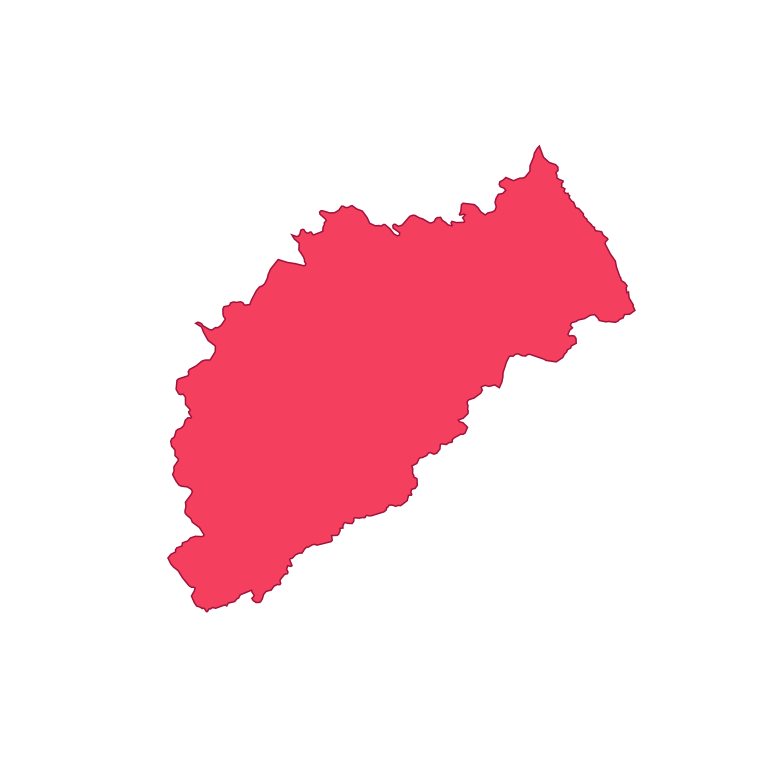 Ambalavao, Haute Matsiatra, Madagascar (orthographic projection), rotated 115°
{"feature_id": "10022922B7475622417535", "entity_name": "Ambalavao", "entity_type": "district", "adm_level": 2, "iso_a3": "MDG", "parent_name": "Madagascar", "parent_adm1": "Haute Matsiatra", "projection": "orthographic", "projection_center": [46.669, -21.841], "detail": "fine", "context": "isolated", "style": "filled", "palette": "rose", "viewbox_px": 768, "rotation_deg": 115, "n_neighbors": 0, "source": "geoboundaries", "source_scale": "gbopen_adm2", "svg_char_len": 6159}
<svg xmlns="http://www.w3.org/2000/svg" viewBox="0 0 768 768"><g transform="rotate(115 384 384)"><path d="M375.3,295.4L372.9,296.3L371.6,297.6L367.9,298.8L366.8,300.2L364.6,301.1L362.6,300.6L358.5,296.3L351.4,292.5L348.0,292.3L345.9,294.6L345.2,294.4L342.4,291.7L341.8,287.8L338.0,283.2L338.6,277.9L332.5,278.0L327.5,279.2L323.4,280.9L312.5,282.3L306.8,282.2L305.3,281.5L304.4,278.8L301.4,277.4L300.0,275.2L300.0,270.8L298.8,267.4L297.1,266.7L295.5,264.7L293.9,249.7L294.1,247.0L291.2,237.3L284.5,233.2L281.1,233.1L277.5,232.0L275.5,232.3L272.5,230.0L270.2,230.3L265.9,227.0L261.6,229.2L260.1,231.6L260.7,234.2L262.2,236.2L261.4,238.3L256.6,238.4L253.4,236.9L252.2,239.8L249.3,240.0L246.1,236.3L243.6,234.7L240.0,229.9L234.4,226.0L232.1,222.4L233.9,217.8L235.5,215.8L233.9,209.1L232.5,207.1L230.3,200.4L228.1,198.5L225.9,197.8L223.1,195.2L219.4,195.4L216.9,190.8L211.2,187.7L208.4,191.0L206.8,191.7L202.5,198.2L197.3,201.3L198.7,202.4L194.7,205.1L192.3,205.2L190.4,208.8L190.1,211.9L189.3,213.3L187.7,214.3L187.2,215.5L179.7,222.8L174.8,226.3L170.3,234.1L163.5,242.9L161.4,243.3L158.4,242.2L157.6,243.0L156.6,248.0L154.0,251.2L155.7,257.1L154.1,259.1L153.1,259.3L153.1,261.7L152.0,263.2L150.2,268.7L148.7,270.1L148.5,272.0L147.1,274.5L145.5,275.2L142.7,281.6L143.1,284.8L139.1,288.9L138.8,291.4L136.9,295.0L134.9,295.3L134.6,296.7L133.4,297.8L134.5,299.9L133.5,302.2L130.6,302.5L130.3,306.6L128.4,306.9L127.4,307.9L125.2,307.1L124.2,307.7L124.6,311.1L124.2,314.3L121.5,315.7L119.9,317.6L117.1,316.5L114.0,318.0L112.7,321.1L113.4,328.1L111.1,335.3L102.7,343.8L105.6,344.7L111.2,345.3L114.8,344.3L124.5,343.9L129.5,341.7L136.5,343.4L138.3,344.6L140.1,348.0L145.0,352.5L145.3,360.8L148.8,362.2L151.8,364.5L154.3,364.0L156.0,362.1L155.8,358.1L157.0,355.5L161.1,356.9L163.8,360.5L168.4,360.9L172.6,360.1L176.0,357.1L179.9,356.8L182.3,358.6L185.1,362.2L188.0,363.7L187.1,369.0L184.4,373.6L183.2,377.8L186.7,388.7L188.7,389.6L195.1,387.3L198.4,387.4L198.9,386.5L196.4,383.5L196.3,381.9L200.2,383.0L201.3,380.9L202.8,379.6L203.8,380.1L207.1,386.6L207.9,391.1L209.5,391.4L211.4,389.3L212.0,389.4L212.7,393.3L211.6,396.3L211.1,400.2L209.0,403.1L210.7,406.0L212.3,407.0L215.8,407.2L217.9,409.0L218.7,410.8L218.0,418.7L218.5,422.2L218.1,427.2L218.7,429.0L221.1,431.5L232.3,434.7L235.0,437.5L234.5,441.5L235.5,442.8L237.1,442.8L238.9,441.5L240.3,433.7L242.5,432.9L244.1,434.5L243.8,438.5L240.9,444.1L239.1,450.5L239.6,451.8L242.2,453.4L242.6,455.7L244.3,458.7L244.4,464.8L240.2,469.8L236.4,476.8L236.9,482.8L235.8,488.3L237.0,489.7L238.7,490.6L240.3,493.1L240.1,495.9L240.7,497.6L245.6,498.4L249.8,501.3L251.9,505.5L253.0,513.2L253.9,514.6L255.6,515.0L257.2,513.7L259.2,507.0L260.3,505.4L263.1,506.3L264.7,505.4L267.7,505.5L271.5,504.0L278.5,510.7L278.6,511.7L277.1,514.2L277.5,515.2L279.5,516.6L279.7,517.9L279.4,519.7L277.9,522.0L278.4,523.4L279.8,524.4L283.8,523.6L286.3,524.2L287.4,525.8L287.8,530.5L290.5,526.5L292.2,520.4L298.5,517.8L302.7,510.9L304.8,508.7L306.8,507.7L307.9,505.7L309.7,505.5L310.7,506.6L312.5,515.6L314.7,523.1L315.9,532.5L327.9,535.4L333.9,535.2L337.5,534.4L343.7,534.5L346.5,535.8L348.7,537.9L353.3,539.1L363.8,539.6L368.7,539.2L371.5,543.7L369.9,546.5L370.2,548.9L372.5,552.3L373.3,555.2L375.3,557.3L377.6,557.2L378.9,558.0L381.5,561.7L384.1,561.7L389.0,559.3L390.8,557.7L391.8,555.5L392.9,555.3L398.7,556.2L401.1,557.2L403.1,558.3L404.2,560.7L407.7,562.7L408.4,565.2L408.0,570.0L407.6,572.9L406.4,574.9L406.4,577.8L406.8,578.9L408.6,580.3L409.5,573.3L413.2,569.6L418.9,561.8L420.6,553.8L421.4,552.6L426.2,550.6L435.7,551.7L438.0,556.4L440.2,558.7L446.8,561.8L453.0,566.4L455.7,566.6L457.5,565.1L459.5,565.2L466.1,572.3L468.1,573.2L476.6,570.2L479.8,565.7L479.5,563.6L478.0,562.1L479.6,558.6L486.5,555.2L489.1,548.8L490.4,548.6L491.6,549.3L492.8,548.6L495.3,544.5L496.5,544.7L497.4,547.4L500.8,548.8L506.5,547.9L510.1,549.5L512.3,551.7L514.3,552.6L519.6,551.7L521.2,551.8L523.4,553.2L526.0,553.1L530.1,550.2L532.2,545.5L537.3,543.1L538.7,539.0L539.4,538.6L540.2,538.2L547.9,539.4L551.8,537.4L554.9,537.4L555.7,536.9L560.0,531.3L562.3,527.0L562.2,524.2L560.4,518.9L560.8,514.5L562.3,512.3L565.3,512.0L575.1,514.0L578.7,511.7L583.0,510.8L584.9,509.8L586.1,507.6L587.6,502.1L590.2,499.4L592.0,490.7L596.7,483.4L597.8,483.3L599.3,484.6L601.7,490.5L605.3,494.4L609.1,495.5L613.1,499.5L616.2,498.7L620.0,502.5L622.4,502.9L624.3,501.9L628.3,505.1L633.0,506.3L637.1,501.2L638.8,497.6L640.2,491.7L644.8,484.7L649.1,475.7L649.6,472.6L648.6,470.6L648.7,469.0L651.4,468.5L657.6,468.9L662.4,463.4L664.4,460.0L663.9,456.0L664.4,453.9L663.7,453.6L663.3,452.1L665.3,448.8L664.9,447.9L661.7,447.5L661.2,446.2L659.0,444.9L658.4,441.8L652.0,435.4L651.4,434.5L651.6,432.7L648.4,432.6L644.3,427.4L640.9,426.5L639.4,425.3L635.8,425.2L626.9,416.9L628.6,415.4L630.2,412.5L631.8,412.3L634.1,413.2L635.6,411.0L636.1,407.5L634.5,404.4L633.1,403.7L629.9,403.5L625.8,404.2L621.8,403.2L618.4,399.1L613.8,398.3L610.9,396.0L609.9,393.6L608.5,393.3L605.9,395.3L604.6,395.2L598.6,393.7L596.8,391.4L596.0,391.3L594.7,391.8L593.1,394.0L589.3,394.4L588.7,391.3L587.5,390.6L583.0,395.3L581.9,395.0L580.6,393.4L576.3,392.1L573.2,389.4L571.8,386.8L567.1,386.2L564.4,385.1L564.0,383.8L560.0,381.0L558.7,379.4L558.4,376.7L549.2,365.3L547.5,364.9L543.5,367.4L541.1,362.7L539.7,361.7L535.5,361.8L533.5,362.9L531.9,360.3L529.9,361.4L526.8,361.3L525.9,360.4L525.6,357.9L523.9,353.9L521.2,353.4L518.6,354.5L517.6,354.0L515.9,349.4L514.2,347.3L513.6,345.4L512.6,344.6L511.6,344.8L510.2,344.0L510.0,342.2L508.8,339.8L499.9,330.0L497.3,328.8L494.9,329.4L494.5,328.7L491.6,328.1L490.2,325.2L489.9,321.8L487.9,319.6L487.4,317.8L486.4,317.0L479.9,313.7L474.5,314.7L473.1,312.1L472.3,312.2L470.7,313.9L467.8,314.5L465.5,311.7L461.7,311.0L455.9,314.1L455.6,317.9L454.2,318.4L453.1,320.2L448.4,322.3L446.5,324.2L442.2,320.7L436.9,320.7L435.7,320.2L434.4,318.1L430.8,315.1L427.8,314.6L426.6,313.1L426.5,309.1L424.5,307.0L419.4,305.8L415.0,307.4L413.9,306.5L412.5,301.9L409.8,300.5L408.2,297.9L407.2,297.7L405.8,298.6L403.4,297.8L397.0,293.2L396.2,291.1L394.2,289.8L387.9,290.0L385.7,296.1L386.3,299.5L385.2,301.5L381.7,297.8L375.3,295.4Z" fill="#f43f5e" stroke="#9f1239" stroke-width="1.5"/></g></svg>